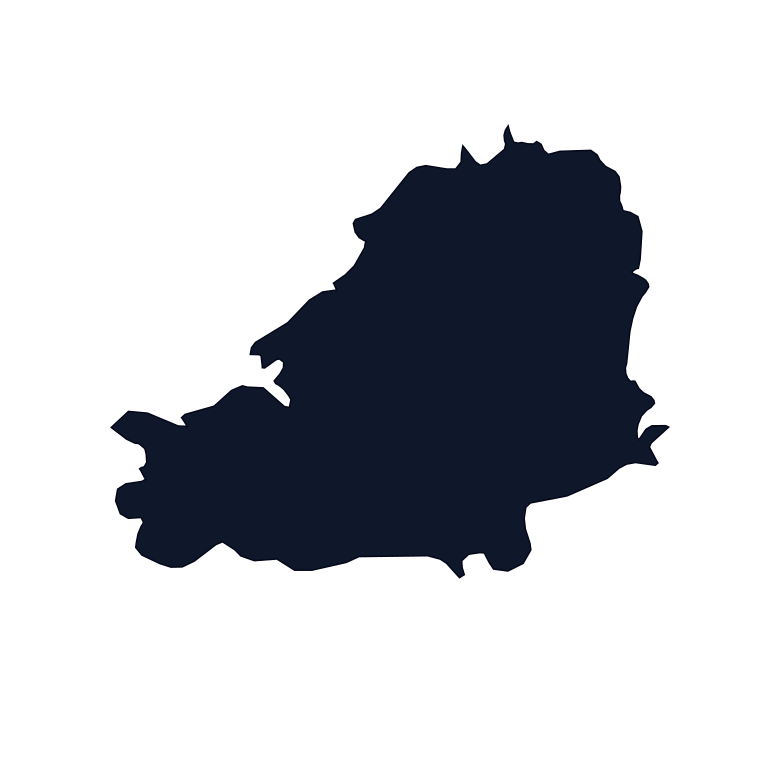 map outline of Tavastia Proper (Mercator projection), rotated 344°
{"feature_id": "FIN-3185", "entity_name": "Tavastia Proper", "entity_type": "Region", "adm_level": 1, "iso_a3": "FIN", "parent_name": "Finland", "parent_adm1": "", "projection": "mercator", "projection_center": [24.379, 60.938], "detail": "fine", "context": "isolated", "style": "filled", "palette": "ink", "viewbox_px": 768, "rotation_deg": 344, "n_neighbors": 0, "source": "natural_earth", "source_scale": "10m", "svg_char_len": 2664}
<svg xmlns="http://www.w3.org/2000/svg" viewBox="0 0 768 768"><g transform="rotate(344 384 384)"><path d="M543.7,200.9L564.5,191.6L567.2,186.8L567.0,183.4L568.0,178.0L570.6,173.6L574.5,170.1L574.3,176.4L575.3,187.3L579.2,189.4L582.9,189.8L588.5,192.8L594.0,194.5L597.5,193.0L601.1,196.9L602.0,203.6L605.3,208.6L617.1,208.8L647.2,216.4L652.1,222.6L653.1,228.4L656.9,235.9L664.6,243.3L667.0,249.5L666.6,253.3L665.8,259.5L663.9,264.8L662.2,267.8L660.8,273.2L661.4,276.3L661.6,279.0L661.5,283.3L668.2,287.1L674.2,293.1L674.0,308.3L664.6,334.7L660.4,342.9L658.9,342.7L656.5,343.2L653.0,344.7L653.9,346.5L657.7,349.4L662.4,354.2L664.1,356.4L665.5,360.5L665.2,363.6L660.6,367.8L656.1,370.9L648.1,379.1L641.0,389.6L634.8,401.3L622.9,431.0L620.4,435.2L619.3,440.7L619.8,445.6L621.8,449.8L622.6,449.6L624.3,449.8L626.0,450.6L627.9,458.8L631.0,464.0L637.1,469.8L638.9,474.1L638.7,477.1L634.1,480.1L629.5,481.5L622.6,485.7L617.0,492.8L614.3,498.3L612.7,505.4L613.7,507.8L623.4,499.7L630.0,498.0L643.3,501.7L645.8,503.9L624.6,514.3L621.7,517.8L624.8,532.7L625.6,535.4L622.4,536.9L604.1,528.8L595.1,527.9L586.7,529.7L572.6,536.2L529.2,542.0L491.9,538.7L486.3,541.7L481.7,551.9L479.9,562.3L480.4,577.7L479.4,584.0L468.3,594.8L451.5,597.9L438.3,592.1L435.9,584.5L433.8,574.0L429.6,572.5L418.5,571.0L410.0,575.3L408.5,582.0L408.6,589.4L403.2,591.0L394.7,573.6L389.9,567.9L378.6,561.1L312.4,543.0L298.6,545.1L263.3,543.1L246.7,538.3L232.8,522.7L210.7,518.1L199.0,509.8L194.9,502.2L185.3,491.2L178.2,492.0L152.7,502.0L139.6,504.2L128.7,501.3L119.1,494.9L104.1,481.7L100.3,472.8L102.1,468.4L106.3,460.2L111.3,454.0L114.7,450.8L113.7,445.4L101.2,442.6L94.8,436.0L93.8,422.3L99.0,411.6L108.4,408.8L124.2,410.9L128.6,409.9L128.0,408.0L126.3,400.0L125.7,398.1L127.8,397.5L130.7,397.5L134.3,393.9L136.1,386.0L136.3,380.2L132.0,373.8L128.0,372.0L121.3,366.0L109.8,350.6L130.8,339.9L148.6,346.8L174.5,367.6L183.2,370.5L180.7,362.1L180.1,360.5L184.4,358.4L214.6,358.5L235.6,348.2L247.4,346.7L251.7,349.3L266.8,354.4L282.1,378.3L286.6,380.4L290.3,373.3L289.2,368.9L286.3,361.5L282.4,355.9L280.0,353.7L279.3,350.7L286.7,345.7L291.7,340.9L293.6,335.4L290.3,331.0L287.0,330.9L273.7,335.7L271.5,334.8L272.0,332.8L273.2,325.6L273.7,323.6L272.5,321.5L263.6,318.7L266.7,312.5L271.9,308.6L308.3,298.6L335.4,282.8L350.4,278.6L364.4,280.6L363.5,274.4L363.2,273.1L377.0,268.4L388.1,262.2L402.7,247.8L405.9,241.4L404.2,240.4L400.5,236.4L398.2,230.0L398.8,221.1L402.0,218.0L419.3,217.4L429.2,214.2L466.3,187.9L475.2,184.9L484.3,185.6L503.5,194.6L512.2,197.1L519.3,191.9L522.1,183.7L525.4,176.8L527.0,180.3L533.0,195.5L536.8,200.3L543.7,200.9Z" fill="#0f172a" stroke="#020617" stroke-width="1.5"/></g></svg>